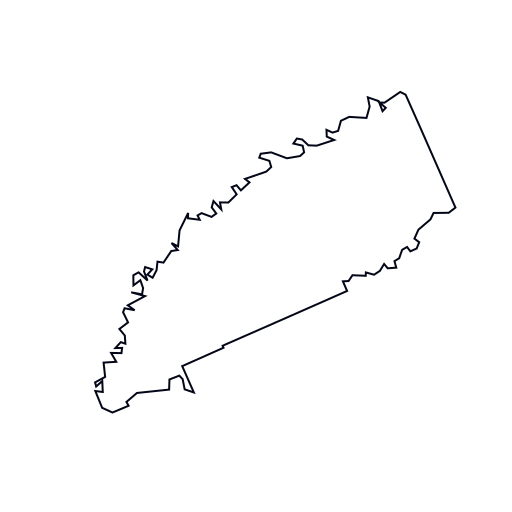 the district of Bossier, Louisiana, United States of America, rotated 66°
{"feature_id": "52423323B21890268683082", "entity_name": "Bossier", "entity_type": "district", "adm_level": 2, "iso_a3": "USA", "parent_name": "United States of America", "parent_adm1": "Louisiana", "projection": "natural_earth1", "projection_center": [-93.631, 32.628], "detail": "fine", "context": "isolated", "style": "outline", "palette": "ink", "viewbox_px": 512, "rotation_deg": 66, "n_neighbors": 0, "source": "geoboundaries", "source_scale": "gbopen_adm2", "svg_char_len": 1802}
<svg xmlns="http://www.w3.org/2000/svg" viewBox="0 0 512 512"><g transform="rotate(66 256 256)"><path d="M314.0,457.7L332.1,458.3L340.6,450.8L341.0,433.3L336.6,433.7L332.7,420.5L342.7,389.7L333.6,385.3L334.1,374.7L338.7,373.1L348.8,375.4L355.4,368.3L326.6,368.2L326.6,359.4L326.6,323.0L324.4,323.0L324.8,247.6L325.0,187.0L314.5,186.9L316.5,181.6L312.8,175.7L318.7,163.8L315.7,162.3L321.1,155.8L320.0,148.9L315.4,142.2L320.8,140.7L323.7,132.6L317.0,131.6L316.3,126.1L309.8,120.0L309.2,114.3L314.5,113.1L314.5,106.2L309.8,101.3L304.6,104.2L298.0,96.9L293.5,81.7L288.9,76.3L294.9,62.4L292.9,54.1L291.2,54.1L288.5,54.1L207.9,53.7L173.5,53.7L169.5,53.7L164.8,57.5L168.2,76.2L166.1,80.7L173.4,77.2L175.2,81.5L164.4,80.9L156.6,89.3L165.7,91.4L174.8,98.9L166.8,114.3L167.0,123.4L175.1,130.1L174.4,135.9L169.4,140.3L175.7,142.8L181.8,137.4L179.9,155.6L176.2,163.1L168.4,166.4L165.3,170.9L168.5,176.1L174.2,168.5L180.9,169.9L182.6,175.1L179.3,188.0L167.5,200.0L164.5,210.1L167.5,213.0L174.5,205.1L180.9,205.9L183.1,212.3L181.1,234.7L186.1,232.0L189.9,243.1L183.4,245.0L183.2,250.1L191.8,248.6L195.9,259.5L192.4,267.1L199.3,268.8L188.5,272.5L193.6,276.7L201.0,275.0L202.2,280.7L194.7,288.3L195.2,292.9L200.0,292.7L193.9,302.8L189.1,300.5L201.5,315.4L215.5,323.3L209.8,327.9L218.7,325.1L217.0,331.4L224.4,343.2L221.1,348.3L228.5,352.6L233.8,359.3L228.8,362.8L226.0,356.2L221.0,361.8L224.6,364.6L234.3,365.1L223.2,369.9L223.7,375.9L233.0,379.9L231.1,371.5L239.4,372.2L244.7,375.7L238.4,384.8L247.5,373.7L248.9,393.2L256.2,388.9L250.3,397.3L253.3,400.3L264.6,399.9L267.1,410.5L275.3,408.2L283.0,411.0L279.7,414.6L282.9,421.9L285.5,415.7L290.0,418.4L285.6,427.8L295.8,426.7L291.4,438.6L305.1,443.0L306.0,454.4L310.2,455.1L307.7,447.3L317.9,451.3L314.0,457.7Z" fill="none" stroke="#020617" stroke-width="2"/></g></svg>